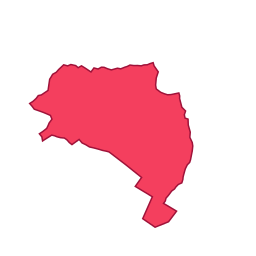 outline of Triunfo, Paraíba, Brazil, rotated 131°
{"feature_id": "56859067B33626956315035", "entity_name": "Triunfo", "entity_type": "district", "adm_level": 2, "iso_a3": "BRA", "parent_name": "Brazil", "parent_adm1": "Paraíba", "projection": "mercator", "projection_center": [-38.572, -6.599], "detail": "fine", "context": "isolated", "style": "filled", "palette": "rose", "viewbox_px": 256, "rotation_deg": 131, "n_neighbors": 0, "source": "geoboundaries", "source_scale": "gbopen_adm2", "svg_char_len": 1513}
<svg xmlns="http://www.w3.org/2000/svg" viewBox="0 0 256 256"><g transform="rotate(131 128 128)"><path d="M62.2,151.9L64.9,153.6L67.6,154.9L70.0,157.4L72.4,158.8L74.5,161.7L77.2,164.8L79.2,167.8L82.1,169.0L84.2,170.3L88.1,172.3L89.8,175.2L91.9,176.6L95.1,178.7L96.7,182.3L97.9,185.9L99.6,188.0L103.1,189.3L105.0,193.1L110.0,192.7L110.9,199.7L111.6,203.9L115.2,205.2L115.2,208.4L117.6,212.8L120.7,214.3L122.5,218.0L129.3,218.7L133.0,218.7L136.9,220.1L140.0,219.5L142.6,219.1L152.1,213.0L159.9,215.1L162.4,217.0L165.9,216.7L170.3,217.2L174.0,218.3L174.5,214.7L175.3,211.1L173.3,206.1L171.8,202.2L170.7,198.9L169.4,194.8L171.2,191.2L176.0,190.8L178.3,190.0L181.6,189.1L186.5,190.0L190.5,191.1L191.2,187.2L193.8,184.0L183.4,180.9L182.0,178.2L181.2,175.8L179.6,172.6L177.3,169.4L177.0,166.3L177.5,162.7L177.3,159.4L168.7,157.4L169.4,152.9L168.3,148.9L167.6,144.7L165.5,140.8L163.2,136.1L161.6,132.5L159.8,129.3L158.5,126.6L157.2,105.7L156.4,85.3L167.3,84.2L163.9,64.5L186.8,57.4L185.1,42.5L172.2,35.9L158.9,36.8L161.6,51.7L158.5,52.0L156.1,53.3L152.5,53.3L146.9,53.7L143.5,52.9L141.0,53.2L137.6,53.0L134.1,51.4L130.9,52.8L128.8,54.3L126.2,55.6L123.9,56.7L121.1,58.0L116.9,59.1L113.5,58.9L110.9,60.0L103.1,64.5L99.1,67.3L96.8,70.0L94.5,75.2L90.3,78.3L86.2,84.5L81.9,88.5L83.1,91.5L81.0,94.2L77.4,95.7L77.0,101.0L71.9,108.4L69.9,110.0L68.2,112.6L74.6,117.5L77.0,120.0L78.3,123.0L79.6,126.7L80.0,132.3L77.5,135.3L71.7,139.5L65.8,142.0L64.0,149.1L62.2,151.9Z" fill="#f43f5e" stroke="#9f1239" stroke-width="1.5"/></g></svg>